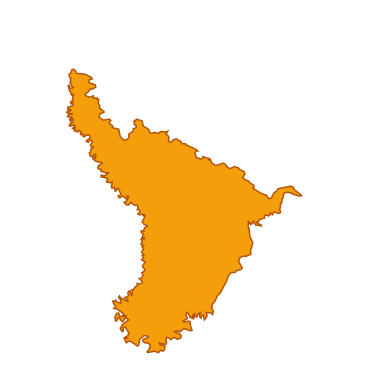 Mphokojoana, Mokhotlong, Lesotho, rotated 346°
{"feature_id": "5366337B60583276922456", "entity_name": "Mphokojoana", "entity_type": "district", "adm_level": 2, "iso_a3": "LSO", "parent_name": "Lesotho", "parent_adm1": "Mokhotlong", "projection": "orthographic", "projection_center": [29.014, -29.041], "detail": "fine", "context": "isolated", "style": "filled", "palette": "amber", "viewbox_px": 384, "rotation_deg": 346, "n_neighbors": 0, "source": "geoboundaries", "source_scale": "gbopen_adm2", "svg_char_len": 5999}
<svg xmlns="http://www.w3.org/2000/svg" viewBox="0 0 384 384"><g transform="rotate(346 192 192)"><path d="M146.8,328.6L145.1,325.9L142.5,324.8L141.3,323.1L144.8,323.4L146.6,324.7L151.2,322.5L156.7,326.3L158.6,326.2L158.1,320.8L158.8,317.3L157.3,316.4L153.0,316.3L151.9,315.2L157.1,313.5L156.2,310.1L157.9,307.4L158.9,308.5L159.7,312.7L162.5,315.4L163.7,314.7L161.9,312.6L164.6,310.7L165.5,311.8L164.8,312.5L163.9,311.9L163.8,312.9L166.7,314.4L168.3,311.9L170.7,310.6L171.3,311.4L169.8,312.5L169.3,315.2L170.3,316.6L171.4,314.1L173.1,314.1L173.1,319.0L176.6,316.1L176.7,312.3L181.1,313.9L182.3,315.9L184.0,312.9L182.8,309.0L184.2,307.5L184.1,306.1L187.7,303.6L191.8,298.5L194.9,296.9L204.2,286.6L207.1,282.0L210.3,279.9L214.8,280.4L216.4,279.0L220.5,279.1L222.3,277.9L220.5,270.5L222.8,267.1L227.0,266.6L228.4,267.6L234.0,266.7L234.7,263.0L238.7,256.1L237.4,249.1L238.4,243.0L238.3,237.7L239.6,236.5L238.9,234.5L239.7,234.3L240.8,235.8L241.0,238.3L241.5,236.9L243.3,237.4L243.5,235.8L245.0,235.3L245.9,239.9L248.1,240.0L250.8,241.8L251.0,240.5L249.5,240.3L249.4,238.8L247.6,237.8L247.6,236.9L249.3,236.6L250.6,235.2L256.4,234.7L256.3,232.8L257.0,232.4L258.3,232.3L260.7,233.8L261.7,233.4L262.8,231.1L264.6,233.6L266.6,231.0L270.3,233.5L272.3,233.7L273.2,232.9L272.8,230.2L274.1,228.3L274.2,226.3L276.0,224.7L275.6,223.8L277.3,222.6L277.6,220.4L278.7,220.1L281.1,215.3L283.9,215.2L288.2,216.9L289.5,218.6L294.8,221.7L297.2,222.3L297.5,221.8L291.9,214.6L291.4,211.9L289.3,210.2L276.2,209.7L274.2,211.6L271.5,212.5L267.4,217.1L264.8,217.0L263.4,213.1L258.6,209.9L252.1,203.3L253.5,201.8L253.3,200.0L250.5,197.3L249.4,194.8L246.4,193.0L244.8,190.1L247.8,187.4L247.2,184.4L243.9,181.9L242.5,179.4L239.5,177.6L234.5,178.6L231.8,175.8L232.0,175.0L229.8,171.6L221.3,172.1L218.5,168.9L217.6,165.0L216.1,164.8L217.1,163.7L213.5,162.2L212.0,160.5L211.1,160.3L211.0,161.6L209.3,162.4L204.6,159.7L204.2,154.8L205.6,153.3L207.4,153.6L206.2,151.7L197.8,144.8L197.6,143.7L194.0,142.9L193.4,140.0L190.7,138.0L190.4,136.9L187.1,136.6L183.7,138.5L181.4,137.3L182.9,132.6L180.8,129.5L183.2,127.3L180.7,127.4L176.6,125.9L175.6,125.9L174.5,127.3L170.0,125.1L166.6,125.4L165.0,123.4L165.4,121.7L164.8,120.4L160.7,116.3L160.8,111.1L156.1,108.0L152.9,109.3L153.4,109.8L152.7,110.2L152.4,112.7L153.9,114.2L153.2,116.3L150.4,116.4L149.5,118.8L144.9,120.4L143.8,123.8L142.2,125.3L139.5,125.4L138.0,124.5L135.8,121.0L136.1,113.3L130.9,110.7L130.4,110.0L131.0,108.5L128.3,105.3L128.4,104.4L130.5,103.0L129.6,101.3L123.5,100.9L119.9,97.2L121.7,93.7L125.8,93.6L126.0,92.5L122.6,88.3L123.3,86.1L122.5,82.9L123.9,79.6L122.4,79.3L122.9,77.9L119.1,77.1L119.6,74.8L115.7,75.2L112.9,73.6L111.8,71.4L115.9,69.5L118.1,67.4L120.3,68.1L124.1,66.9L123.9,64.4L118.5,61.1L119.6,58.0L122.5,58.2L121.8,56.2L116.7,51.8L108.7,49.0L108.3,46.2L106.6,44.2L105.7,44.2L104.4,44.9L103.7,46.9L101.2,48.0L101.0,50.7L101.8,52.2L101.2,52.6L101.4,54.3L100.0,56.2L100.9,57.9L100.7,59.9L102.0,61.9L100.3,62.5L98.6,61.1L98.6,58.7L97.6,58.9L97.6,64.5L98.7,65.9L98.2,67.9L99.0,69.1L100.2,68.1L100.9,69.0L98.5,72.6L98.2,75.7L96.7,74.7L95.8,75.7L96.1,77.3L97.9,77.5L98.0,78.1L96.3,79.6L92.0,79.7L91.2,82.2L93.8,82.4L94.3,83.5L89.7,84.3L90.9,85.6L94.8,87.0L93.8,87.7L91.3,86.4L89.4,88.9L93.0,90.2L90.8,92.1L91.5,94.4L93.7,91.8L94.2,93.4L93.5,95.3L89.5,96.8L88.9,98.0L89.7,98.8L92.0,98.2L94.3,98.9L94.0,99.8L91.4,101.4L92.3,102.1L94.2,101.8L92.5,104.1L95.9,106.1L96.5,104.7L97.2,104.8L99.2,107.4L97.7,108.4L97.9,109.5L101.0,110.0L99.7,111.5L100.3,112.3L104.5,111.3L106.4,112.6L106.2,114.8L101.6,116.9L103.2,118.8L105.9,117.2L107.1,117.4L107.6,119.0L104.7,122.1L105.3,123.9L107.1,124.3L103.7,126.5L103.6,128.4L101.8,129.2L102.1,133.0L104.2,133.2L104.1,135.7L105.2,134.7L105.8,132.4L107.5,132.1L107.2,134.9L105.0,136.1L105.2,137.8L106.0,138.9L111.9,141.9L111.2,142.8L108.0,143.5L106.5,145.6L106.7,147.0L109.4,148.2L108.7,150.1L110.2,150.3L112.1,152.3L115.4,153.1L111.4,155.3L107.9,153.6L107.5,155.4L112.7,158.0L113.5,159.8L111.5,161.0L111.8,162.0L114.9,163.2L117.0,162.9L114.8,168.2L115.6,169.0L117.9,168.8L117.6,172.5L118.9,172.4L120.3,170.5L121.4,170.8L122.5,176.6L121.1,177.9L119.5,177.8L119.7,179.7L120.9,180.2L123.6,179.0L126.7,183.0L127.9,182.3L128.0,180.1L129.4,180.6L129.2,181.9L125.8,185.2L123.6,185.5L125.2,188.5L127.3,189.3L130.0,187.4L133.2,191.1L135.9,191.6L135.6,194.6L134.6,195.9L136.6,196.5L136.8,197.3L136.3,198.9L134.2,200.2L135.4,201.5L138.1,201.2L139.0,203.3L140.0,202.4L140.6,203.3L139.8,205.3L136.4,208.7L137.6,211.7L140.5,214.1L140.2,214.8L137.2,215.2L135.8,218.2L133.8,217.3L133.1,217.7L133.2,219.5L134.7,221.4L132.1,224.5L134.6,224.7L134.6,225.9L131.1,225.9L131.7,228.5L129.7,230.3L132.2,232.2L130.2,232.9L131.3,235.1L128.5,238.2L130.1,241.7L128.3,241.6L129.1,244.1L126.7,245.6L129.7,248.7L126.1,251.6L126.0,253.0L127.6,255.5L126.2,257.5L123.8,258.0L124.4,261.0L121.7,263.5L119.9,263.2L121.8,266.3L121.8,267.9L119.2,268.8L116.6,267.4L116.4,269.6L113.6,270.5L111.5,272.6L110.2,272.3L109.4,277.1L108.6,277.8L107.7,275.7L108.3,273.3L107.1,272.8L105.4,274.1L105.5,277.2L101.1,278.4L103.6,280.4L103.3,282.6L97.2,277.7L96.5,275.3L95.3,276.4L96.8,279.8L96.1,282.6L91.8,280.2L91.9,278.5L88.5,279.0L90.1,285.1L88.1,286.0L90.8,287.3L95.2,292.4L96.3,294.6L95.3,294.9L98.2,296.4L97.5,297.1L94.4,295.6L91.9,295.8L91.6,291.8L89.8,291.4L86.9,294.8L86.5,298.7L88.2,298.5L89.7,296.2L91.1,297.2L92.9,301.0L94.0,300.9L96.7,298.2L98.0,298.5L99.7,300.8L92.2,303.8L89.3,307.3L90.6,310.7L91.6,310.3L92.6,306.9L94.7,306.8L96.6,313.5L94.9,315.9L92.0,316.7L93.6,318.1L90.8,317.6L91.8,322.5L94.2,321.5L96.5,322.1L101.9,328.4L103.3,327.5L105.6,322.2L110.8,319.7L114.3,321.3L114.5,322.2L113.5,322.9L109.1,323.0L108.1,324.4L109.6,326.8L112.9,328.1L114.6,330.5L112.2,334.5L109.8,336.1L110.1,337.1L117.1,337.4L120.5,339.8L123.3,337.9L125.0,339.4L127.0,338.7L128.5,335.0L124.0,332.5L123.7,330.7L129.7,333.6L131.0,331.6L131.0,329.0L132.2,327.0L134.2,327.9L135.8,330.2L139.2,328.5L142.2,331.4L145.9,330.8L146.8,328.6Z" fill="#f59e0b" stroke="#b45309" stroke-width="1.5"/></g></svg>